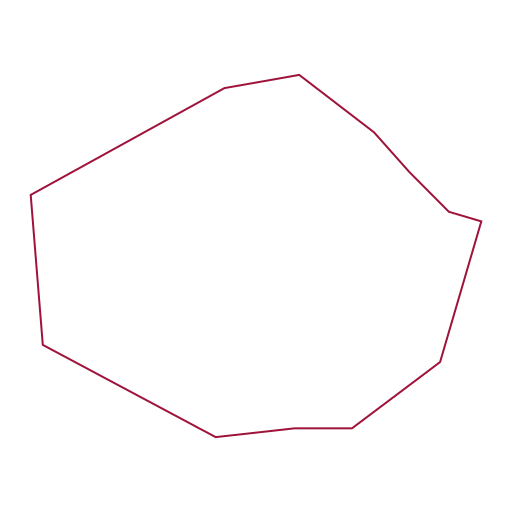 Seo-gu [West District], Daegu, South Korea
{"feature_id": "91817680B37138617445780", "entity_name": "Seo-gu [West District]", "entity_type": "district", "adm_level": 2, "iso_a3": "KOR", "parent_name": "South Korea", "parent_adm1": "Daegu", "projection": "natural_earth1", "projection_center": [128.554, 35.869], "detail": "fine", "context": "isolated", "style": "outline", "palette": "rose", "viewbox_px": 512, "rotation_deg": 0, "n_neighbors": 0, "source": "geoboundaries", "source_scale": "gbopen_adm2", "svg_char_len": 302}
<svg xmlns="http://www.w3.org/2000/svg" viewBox="0 0 512 512"><path d="M30.7,194.9L42.8,344.9L215.6,437.1L294.8,428.3L352.0,428.3L408.4,385.9L422.5,375.3L440.1,362.0L481.3,221.4L448.9,211.8L409.3,172.0L374.0,132.3L299.2,74.9L224.4,88.1L30.7,194.9Z" fill="none" stroke="#9f1239" stroke-width="2"/></svg>